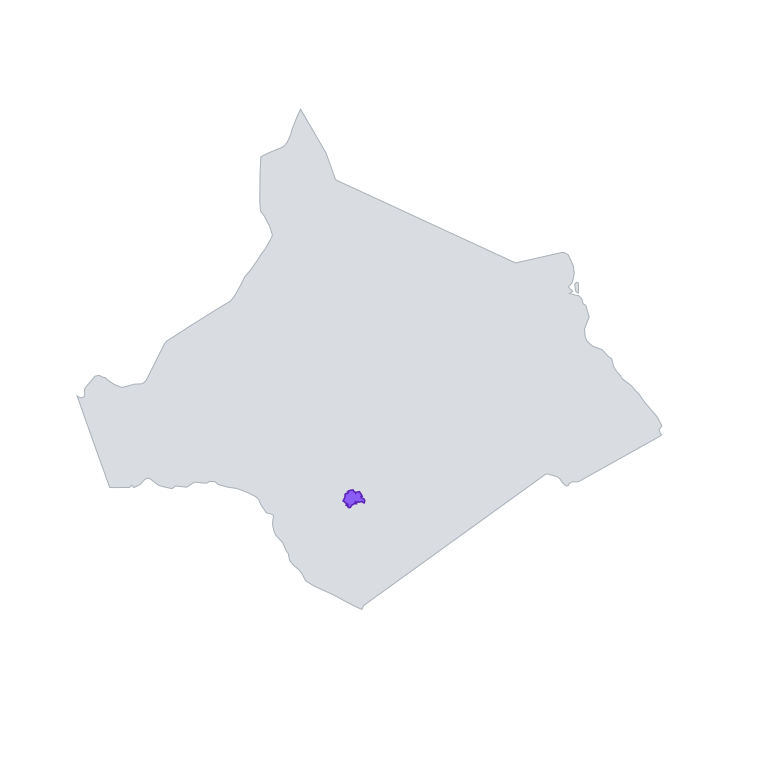 location of Eldama Ravine, Rift Valley, Kenya, rotated 295°
{"feature_id": "3690345B15109287371985", "entity_name": "Eldama Ravine", "entity_type": "district", "adm_level": 2, "iso_a3": "KEN", "parent_name": "Kenya", "parent_adm1": "Rift Valley", "projection": "mercator", "projection_center": [35.716, -0.006], "detail": "fine", "context": "in_parent", "style": "filled", "palette": "violet", "viewbox_px": 768, "rotation_deg": 295, "n_neighbors": 0, "source": "geoboundaries", "source_scale": "gbopen_adm2", "svg_char_len": 5586}
<svg xmlns="http://www.w3.org/2000/svg" viewBox="0 0 768 768"><g transform="rotate(295 384 384)"><path d="M170.3,459.2L170.2,450.1L171.5,426.8L171.3,406.4L172.5,396.2L177.5,389.7L179.8,385.0L181.5,378.5L184.1,373.1L190.1,368.7L191.2,366.3L197.5,359.1L201.3,349.7L204.2,346.5L207.8,343.6L210.3,342.0L214.5,340.5L217.7,339.6L218.3,338.8L218.6,337.3L217.5,331.5L218.9,329.6L221.1,325.7L223.6,322.1L225.9,319.8L227.2,317.5L227.8,313.4L227.9,310.5L227.9,305.8L227.2,295.0L224.5,286.0L222.8,276.0L224.0,272.6L221.9,266.7L220.9,266.4L219.1,265.1L217.0,259.6L215.3,254.5L214.3,253.2L207.1,248.8L203.5,238.3L199.5,236.0L197.3,225.6L196.9,222.6L199.2,212.2L199.0,209.8L196.6,207.6L189.8,205.4L184.4,201.1L185.1,199.6L185.5,198.1L182.6,197.0L174.2,179.2L185.0,168.6L195.9,157.7L209.8,144.0L222.6,131.4L233.6,120.6L243.5,110.9L243.2,112.7L243.3,115.2L244.5,116.7L246.5,117.7L249.3,116.6L251.8,115.1L254.2,114.8L269.0,118.8L271.5,122.4L271.3,126.1L272.0,128.9L270.8,131.7L269.6,140.0L270.0,147.7L274.4,153.3L278.4,157.8L281.5,164.0L283.8,165.9L287.0,166.9L297.2,167.2L312.3,167.6L326.8,168.0L328.1,168.1L331.2,169.0L344.5,177.4L356.7,185.1L367.0,191.8L377.1,198.3L386.8,204.7L394.4,209.9L401.9,211.5L414.0,212.3L422.4,212.5L430.1,214.7L441.6,216.8L450.2,217.9L455.4,219.1L469.8,220.3L472.2,219.6L478.6,213.7L485.7,204.3L488.5,199.0L497.7,193.9L513.8,186.6L525.2,181.5L537.9,176.4L543.7,180.9L551.6,188.0L555.2,191.5L558.0,193.1L562.3,194.1L567.6,194.1L570.4,194.0L576.3,193.0L590.0,192.2L597.8,192.3L591.2,201.7L583.3,213.1L568.8,233.9L557.7,244.9L549.3,253.2L548.6,254.7L548.6,263.9L548.7,286.5L548.9,331.7L549.0,376.8L549.2,422.0L549.3,444.5L549.3,452.1L556.7,461.6L563.9,470.9L573.4,483.2L578.4,489.7L579.3,491.9L579.0,496.3L571.2,505.5L564.8,509.7L556.2,511.7L553.6,511.3L550.2,510.0L548.9,512.2L547.9,515.7L546.0,514.9L544.6,513.9L545.4,520.0L546.3,523.0L545.0,527.1L540.8,530.7L540.5,533.7L531.4,541.6L518.6,542.5L511.8,546.4L508.8,549.6L506.5,556.6L507.3,567.3L503.8,575.6L503.1,579.7L496.5,585.1L493.5,590.0L491.4,595.0L489.5,597.2L487.2,608.5L484.1,615.3L483.3,617.5L482.5,619.6L480.1,623.6L478.6,626.3L477.5,628.2L469.6,645.6L463.5,653.5L458.8,652.6L455.6,655.7L455.2,657.1L453.5,656.3L449.5,653.4L441.3,647.5L433.1,641.6L424.9,635.6L416.6,629.7L408.4,623.8L400.2,617.8L392.0,611.9L383.7,605.9L378.9,602.5L376.8,600.4L375.1,596.3L374.3,595.3L372.1,594.0L369.5,593.7L368.8,592.9L368.8,591.0L369.7,588.1L372.7,582.7L373.1,579.5L372.5,575.9L371.5,570.0L370.7,568.7L365.3,565.7L353.8,559.3L342.4,552.9L331.0,546.5L319.6,540.1L308.2,533.8L296.7,527.4L285.3,521.0L273.9,514.6L262.5,508.2L251.1,501.9L239.7,495.5L228.2,489.1L216.8,482.7L205.4,476.4L194.0,470.0L182.6,463.6L178.3,461.2L174.4,459.2L170.3,459.2ZM550.2,521.2L548.2,521.6L549.2,518.5L555.1,514.6L557.5,515.5L557.9,516.4L557.8,517.2L556.8,518.0L550.2,521.2Z" fill="#d9dde1" stroke="#a8b0b8" stroke-width="1"/><path d="M258.1,400.7L258.0,400.8L258.0,401.0L258.2,401.5L258.3,401.6L258.1,401.9L258.0,402.1L258.0,402.3L258.4,402.4L258.2,403.2L257.8,403.4L257.3,403.4L257.2,403.7L257.1,404.3L257.1,404.7L257.3,404.9L257.4,405.0L257.6,405.2L257.8,405.4L257.9,405.6L258.1,405.7L258.2,405.8L258.3,405.8L258.6,405.8L258.8,405.8L259.0,405.8L259.4,405.8L259.5,405.8L259.9,405.8L260.2,405.8L260.3,405.8L260.5,405.9L260.6,406.0L260.8,406.2L261.0,406.4L261.3,406.6L261.6,406.9L261.8,407.1L262.0,407.2L262.5,407.2L262.8,407.2L262.9,407.3L263.0,407.3L263.1,407.5L263.3,407.8L263.3,408.0L263.2,408.3L263.4,408.7L263.8,408.5L264.0,408.4L264.3,408.2L264.4,408.3L264.8,408.1L264.5,408.7L264.2,409.3L264.1,409.6L264.5,409.5L264.8,409.4L265.6,409.4L266.0,409.4L266.1,409.9L266.0,410.4L266.1,411.0L266.5,411.4L266.8,411.8L266.9,412.0L267.3,412.5L267.6,413.0L268.0,413.5L268.2,413.8L267.9,414.4L267.8,414.7L267.8,415.3L267.8,415.9L267.8,416.1L267.9,416.4L268.7,416.2L269.2,416.1L269.9,415.9L270.4,415.8L270.8,415.2L271.2,414.6L271.4,414.1L271.4,413.5L271.4,412.9L271.4,412.3L271.4,411.9L271.4,411.4L271.7,411.3L271.9,411.0L272.1,410.7L272.3,410.7L272.4,410.8L272.5,410.9L272.6,411.1L272.7,411.3L272.9,411.5L273.0,411.7L273.5,411.2L273.9,410.6L274.3,410.1L274.5,409.9L274.7,409.5L275.0,408.9L275.4,408.3L275.8,407.7L276.1,407.3L276.0,407.2L275.8,407.0L275.8,406.9L275.7,406.8L275.6,406.6L275.5,406.4L275.4,406.2L275.2,405.9L275.1,405.7L274.9,405.5L274.7,405.4L274.5,405.1L274.4,404.9L274.3,404.7L274.2,404.6L273.9,404.4L273.7,404.4L273.4,404.4L273.2,404.4L273.3,404.3L273.4,404.2L273.6,404.0L273.7,403.8L273.7,403.6L273.7,403.4L273.8,403.2L273.9,402.8L273.8,402.7L273.8,402.3L273.9,402.2L274.0,401.9L274.2,401.7L274.4,401.5L274.5,401.4L274.8,401.1L274.9,400.9L275.0,400.7L274.9,400.5L274.7,400.4L274.6,400.2L274.4,400.0L274.3,399.8L274.2,399.6L274.1,399.4L274.0,399.2L273.8,398.9L273.7,398.6L273.3,398.4L273.2,398.3L273.1,398.2L272.9,398.0L272.8,397.8L272.7,397.6L272.5,397.4L272.4,397.3L272.3,397.2L272.1,397.1L271.9,396.9L271.7,396.9L271.0,397.0L270.9,396.9L270.9,397.0L270.7,397.3L270.1,397.3L270.1,397.5L269.8,397.4L269.7,397.3L269.6,397.2L269.4,397.0L269.3,396.8L269.2,396.7L268.8,396.3L268.7,396.1L268.4,395.9L268.3,395.7L268.2,395.5L267.8,395.5L267.7,395.5L267.4,395.3L267.2,395.4L267.1,395.5L266.8,395.7L266.6,395.8L266.3,395.9L266.2,396.0L265.8,396.1L265.5,396.2L265.3,396.2L265.1,396.3L264.7,396.4L264.2,396.4L263.7,396.4L263.2,396.4L262.4,396.4L261.9,396.4L261.5,396.4L260.9,396.4L260.6,396.4L260.6,396.6L260.7,396.9L260.7,397.2L260.7,397.5L260.4,398.1L260.2,398.7L260.0,399.1L259.9,399.3L259.9,400.1L259.8,401.0L259.8,402.0L259.2,401.5L259.0,401.3L258.5,401.0L258.3,400.8L258.1,400.7Z" fill="#8b5cf6" stroke="#5b21b6" stroke-width="1.5"/></g></svg>